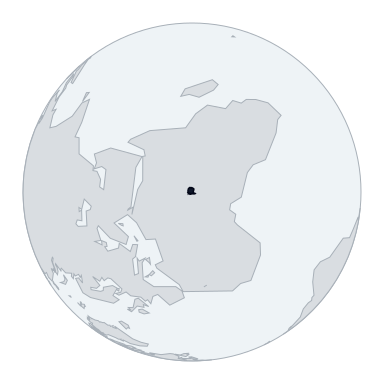 Vakaga highlighted on a globe, orthographic projection, rotated 225°
{"feature_id": "CAF-812", "entity_name": "Vakaga", "entity_type": "Prefecture", "adm_level": 1, "iso_a3": "CAF", "parent_name": "Central African Republic", "parent_adm1": "", "projection": "orthographic", "projection_center": [21.98, 9.792], "detail": "fine", "context": "on_globe", "style": "filled", "palette": "ink", "viewbox_px": 384, "rotation_deg": 225, "n_neighbors": 0, "source": "natural_earth", "source_scale": "10m", "svg_char_len": 9180}
<svg xmlns="http://www.w3.org/2000/svg" viewBox="0 0 384 384"><g transform="rotate(225 192 192)"><circle cx="192" cy="192" r="169" fill="#eef3f6" stroke="#a8b0b8"/><path d="M137.4,32.1L137.8,32.0L141.4,30.8L144.1,30.0L144.4,29.9L139.5,31.5L138.6,31.7L137.3,32.2L134.7,33.1L136.2,32.6L130.2,34.8L136.6,32.7L132.2,34.5L128.1,36.0L128.0,35.8L124.3,37.2L137.4,32.1ZM98.5,51.2L98.4,51.3L97.9,51.7L98.5,51.2ZM90.8,56.7L88.4,58.5L91.0,56.6L96.4,52.8L99.9,50.8L106.0,46.9L108.3,45.7L114.7,42.2L114.2,43.0L110.3,45.9L104.9,49.0L103.0,50.6L108.5,48.2L98.9,55.1L93.3,62.2L90.7,64.3L85.0,66.6L84.0,64.5L76.6,69.5L81.8,66.9L75.4,73.0L74.5,74.5L75.1,74.7L77.8,72.8L75.7,75.2L69.7,78.3L71.5,76.0L73.4,74.9L72.8,74.3L68.7,77.3L65.8,80.6L62.7,83.2L60.6,85.8L59.3,87.4L68.9,76.3L79.4,66.0L90.8,56.7ZM26.8,156.7L26.9,156.0L25.9,161.4L26.9,164.1L26.4,166.0L27.0,180.1L30.6,188.0L31.4,195.9L30.7,199.9L32.6,202.2L32.7,205.2L43.1,213.8L50.6,223.3L51.9,233.4L48.5,243.3L52.4,266.3L48.3,271.1L51.9,280.2L56.9,291.9L53.7,288.9L59.5,296.4L61.7,299.6L61.5,299.3L53.8,289.3L47.0,278.7L40.9,267.6L35.6,256.0L31.3,244.2L27.8,232.0L25.3,219.6L23.7,207.0L23.1,194.4L23.4,181.7L24.6,169.2L26.8,156.7ZM114.6,42.1L113.4,42.7L114.6,42.1ZM117.3,40.6L115.8,41.3L116.9,40.7L117.8,40.3L117.3,40.6ZM118.9,40.0L119.0,39.7L120.9,38.7L125.9,36.6L118.9,40.0ZM150.9,28.1L149.2,28.6L145.4,29.6L145.8,29.5L150.9,28.1ZM148.2,28.9L150.7,28.3L148.6,29.0L145.2,29.7L148.2,28.9ZM142.6,31.7L143.1,31.2L145.7,30.4L142.6,31.7ZM151.7,28.1L152.4,27.9L153.5,27.6L154.6,27.5L151.7,28.1ZM161.9,25.7L160.0,26.1L162.8,25.6L163.1,25.5L158.5,26.4L159.4,26.2L161.9,25.7ZM159.1,26.6L152.8,28.1L151.4,29.0L149.0,29.7L151.8,28.2L159.1,26.6ZM159.1,26.4L158.6,26.6L155.9,27.1L154.6,27.3L159.1,26.4ZM168.1,24.7L167.9,24.8L168.1,24.7ZM159.2,26.7L160.7,26.4L159.4,26.7L159.2,26.7ZM165.8,25.2L165.5,25.2L166.8,24.9L165.8,25.2ZM163.9,25.8L161.9,26.2L161.0,26.3L163.9,25.8ZM165.2,25.4L167.1,25.2L161.9,26.0L164.9,25.4L165.2,25.4ZM167.1,25.0L167.8,24.8L167.0,25.0L167.1,25.0ZM168.6,25.6L162.2,26.8L160.2,26.7L166.7,25.6L168.6,25.6ZM319.3,80.9L322.2,84.4L325.2,88.0L324.9,87.7L333.3,99.4L340.7,111.8L347.0,124.8L347.4,125.7L349.3,131.8L350.4,134.8L348.7,132.0L350.1,138.6L356.2,154.6L357.3,159.7L357.9,170.5L357.2,166.7L352.8,159.2L354.7,171.5L358.1,180.5L359.4,192.1L357.9,189.3L356.3,179.1L354.7,176.1L353.2,165.4L348.3,150.5L346.6,154.4L344.9,148.2L337.9,136.9L334.5,142.3L330.3,160.9L332.8,177.1L330.0,185.0L319.2,163.3L313.7,148.3L310.2,150.5L298.8,139.1L280.2,140.8L277.2,137.1L273.8,139.4L265.6,136.3L260.9,130.3L256.1,131.2L268.7,147.0L273.8,146.2L277.5,139.2L280.1,145.1L287.9,149.8L280.6,165.6L252.4,181.7L249.1,169.7L224.7,138.4L225.1,134.8L224.9,134.4L224.6,133.7L223.0,139.6L218.6,133.6L232.2,155.4L234.8,165.1L252.0,182.4L250.6,184.4L255.9,187.9L272.4,181.9L272.7,185.9L265.2,205.6L241.9,232.9L244.7,249.9L242.5,264.4L227.2,274.7L227.9,285.5L220.0,289.7L219.1,295.8L212.3,302.5L201.3,308.8L183.2,309.2L182.6,303.8L174.3,293.2L162.9,266.8L168.0,254.5L166.6,244.9L153.5,223.2L156.4,211.1L152.8,206.0L145.3,207.2L141.1,201.0L136.5,200.8L107.9,204.2L99.0,195.9L87.8,171.1L92.9,161.7L93.4,150.7L127.8,115.3L135.5,117.5L163.0,113.3L166.5,114.6L163.7,122.8L184.6,132.9L190.9,125.8L209.5,131.1L221.6,130.4L225.2,115.0L205.4,115.5L201.5,108.3L217.1,101.5L234.4,101.9L233.4,99.1L222.2,93.3L225.8,88.3L218.2,91.0L221.6,93.7L216.9,95.7L213.6,93.5L215.0,91.6L209.7,90.6L204.3,100.4L207.1,104.2L193.5,106.3L196.8,113.0L193.2,116.3L186.2,106.3L186.6,102.6L173.9,92.6L172.2,96.5L184.1,106.5L180.5,105.8L178.4,112.1L177.2,106.7L164.6,95.6L152.1,98.1L136.6,113.6L129.1,114.9L122.6,111.8L127.7,96.3L143.8,95.3L145.8,90.5L142.1,83.9L147.3,84.4L147.8,81.8L153.8,81.5L161.9,75.3L167.9,74.7L170.7,67.4L174.2,66.3L171.5,70.7L173.0,73.9L188.0,73.3L190.8,71.7L191.4,67.2L195.4,67.9L194.1,63.7L202.5,62.0L191.1,60.8L191.4,56.4L196.2,53.0L194.3,51.6L186.4,57.1L185.1,59.6L187.3,62.0L182.0,69.7L176.9,71.1L174.7,62.9L167.3,64.3L168.8,57.9L189.2,45.6L197.9,43.6L213.2,48.6L211.4,51.1L205.0,50.3L211.3,54.8L210.6,52.6L214.0,53.5L215.2,50.1L217.6,50.6L214.6,46.8L217.7,47.1L219.6,49.5L224.1,45.5L230.5,45.7L230.3,44.6L228.3,43.4L237.8,44.9L237.2,44.1L233.9,43.2L230.6,41.2L228.6,38.4L232.0,39.0L233.2,40.1L240.8,43.7L243.4,47.0L244.6,47.1L243.1,44.4L233.9,39.9L231.7,38.1L236.4,39.8L234.5,39.0L234.5,38.4L237.6,38.4L232.6,36.5L227.7,30.1L233.3,30.3L238.0,32.2L238.2,30.2L244.5,31.6L241.4,30.7L239.4,29.8L237.4,29.3L235.8,28.9L234.4,28.4L246.5,32.1L258.3,36.6L269.8,42.0L280.8,48.3L291.3,55.3L301.3,63.2L310.6,71.7L319.3,80.9ZM116.5,133.3L115.7,136.6L116.5,133.3ZM253.2,110.7L263.2,110.8L257.7,101.7L261.0,101.1L257.9,98.4L257.2,101.1L249.5,93.8L253.4,91.1L251.6,87.4L248.2,87.2L242.3,93.7L253.4,103.7L251.5,107.6L253.2,110.7ZM27.0,164.0L26.9,166.3L26.6,165.8L27.0,164.0ZM31.8,139.5L31.7,141.1L31.3,141.1L31.8,139.5ZM33.0,134.8L31.9,138.7L31.3,139.9L33.0,134.8ZM75.7,72.8L76.1,72.6L76.2,73.4L75.0,74.1L75.7,72.8ZM83.5,71.9L80.0,76.0L81.7,73.4L79.3,74.7L80.0,71.3L89.5,65.2L85.1,68.4L83.5,71.9ZM83.5,65.8L82.0,68.2L83.3,65.8L83.5,65.8ZM144.4,69.7L146.5,71.1L144.4,74.0L136.7,76.2L139.7,71.9L144.4,69.7ZM150.1,72.6L150.1,64.6L154.9,63.4L152.2,65.3L155.4,65.3L151.9,68.6L156.5,75.8L154.9,78.9L141.6,80.4L146.8,78.0L144.4,76.5L150.1,72.6ZM141.5,50.8L141.6,48.6L151.9,48.6L150.6,50.8L142.9,52.7L139.8,51.4L141.5,50.8ZM127.7,36.9L127.1,36.9L128.4,36.3L130.1,35.9L127.7,36.9ZM142.6,31.5L132.0,36.6L130.7,36.7L126.0,40.1L120.8,42.0L124.0,39.6L116.5,43.9L117.3,42.5L112.5,45.5L120.2,40.0L120.7,39.4L122.2,39.3L127.0,37.5L129.2,36.6L135.7,33.5L139.0,31.7L144.3,30.1L147.1,29.5L143.7,30.5L146.2,30.2L141.2,31.6L142.6,31.5ZM177.5,29.5L173.5,29.3L177.6,31.0L172.7,31.6L173.5,31.8L170.1,32.9L167.3,34.7L165.0,34.8L164.9,35.5L162.7,36.5L161.8,37.6L157.4,38.3L155.9,39.8L154.6,39.3L153.3,41.8L152.3,40.3L149.3,41.8L151.9,42.4L130.2,46.2L121.8,49.7L115.4,53.6L114.6,51.3L120.0,46.4L128.5,41.2L136.6,38.5L134.7,38.2L138.1,37.0L138.1,37.7L140.0,35.9L142.8,35.1L150.3,32.0L151.3,30.3L154.1,29.4L155.1,29.7L157.1,28.6L160.9,28.6L163.0,28.0L168.8,27.6L169.5,28.9L171.8,28.2L176.3,28.3L177.5,29.5ZM170.2,25.5L172.2,26.4L170.4,27.3L161.1,27.6L158.7,28.1L152.6,28.8L155.2,27.7L156.7,27.5L158.8,27.1L157.1,27.6L160.0,26.9L162.1,26.8L164.9,26.3L164.8,26.7L170.2,25.5ZM170.3,111.5L172.9,111.8L177.1,111.4L175.8,115.6L170.3,111.5ZM161.5,104.0L163.9,103.4L164.1,108.6L161.3,108.5L161.5,104.0ZM165.1,98.9L164.0,103.0L162.9,100.7L165.1,98.9ZM173.7,70.2L176.3,69.6L176.6,70.6L175.3,72.3L173.7,70.2ZM188.7,36.4L186.7,35.7L187.4,35.4L185.9,33.3L189.5,33.0L191.8,34.1L188.7,36.4ZM221.9,117.7L218.5,120.7L216.7,119.4L218.2,118.6L221.9,117.7ZM196.1,118.2L202.1,120.0L195.7,119.3L196.1,118.2ZM192.3,35.7L191.3,34.8L193.7,35.3L192.3,35.7ZM192.0,32.7L194.8,32.9L189.7,32.7L192.0,32.7ZM273.6,329.9L273.6,331.4L271.5,331.8L273.6,329.9ZM269.8,260.1L257.0,285.8L249.5,286.5L248.8,279.3L254.0,264.0L263.0,259.0L267.6,251.7L269.8,260.1ZM359.3,215.8L359.1,216.3L358.6,215.1L359.2,212.1L359.8,211.4L359.3,215.8ZM359.1,212.0L357.9,205.4L353.1,184.3L354.9,183.9L359.3,195.8L359.1,198.3L359.8,203.8L359.1,212.0ZM360.7,201.8L360.7,201.4L360.7,192.3L360.7,187.3L360.9,187.0L360.7,183.1L360.7,201.8ZM333.4,178.5L336.9,187.6L335.1,189.7L333.4,178.5ZM352.0,139.5L352.0,140.7L351.1,138.4L350.7,135.4L352.0,139.5ZM221.0,35.0L219.2,38.0L220.2,40.6L224.4,42.6L217.7,41.4L216.1,37.3L221.0,35.0ZM226.5,30.5L222.8,29.3L224.8,29.4L226.0,29.7L226.5,30.5ZM223.9,30.1L218.5,29.6L216.7,28.6L221.3,29.2L223.9,30.1ZM205.5,31.7L204.7,32.5L202.7,32.1L205.5,31.7ZM234.7,28.6L232.6,28.1L233.6,28.2L234.7,28.6ZM227.4,26.8L227.8,26.9L225.9,26.5L227.4,26.8ZM229.0,27.5L227.3,26.8L231.0,27.9L229.0,27.5Z" fill="#d9dde1" stroke="#a8b0b8" stroke-width="1"/><path d="M194.6,188.7L194.6,188.8L195.0,189.4L195.3,189.6L195.8,190.1L196.3,190.9L196.8,191.6L196.8,191.8L196.9,192.3L196.9,192.5L196.7,192.7L196.7,192.8L196.8,192.8L196.8,193.0L196.8,193.3L196.8,193.5L196.7,193.6L196.6,193.8L196.4,193.8L196.3,193.7L196.2,193.6L196.0,193.8L195.9,194.1L195.8,194.3L195.7,194.4L195.3,194.6L195.2,194.6L195.2,194.9L195.2,195.0L194.4,195.2L194.1,195.2L193.9,195.3L193.6,195.5L193.4,195.5L193.2,195.5L193.2,195.4L192.9,195.3L192.7,195.2L192.4,195.0L192.4,194.9L192.3,194.5L192.3,194.4L192.1,194.3L192.1,194.2L191.9,194.0L191.8,193.9L191.7,193.9L191.6,193.6L191.5,193.4L191.4,193.2L191.2,193.0L191.2,192.9L191.0,192.7L190.9,192.6L190.7,192.6L190.7,192.4L190.6,192.2L190.4,192.1L190.2,192.3L190.0,192.5L189.9,192.6L189.7,192.7L189.4,192.7L189.3,192.8L189.2,192.8L189.2,193.0L188.9,193.1L188.7,193.2L188.7,192.9L188.8,192.9L188.9,192.7L189.0,192.6L189.1,192.4L189.2,192.2L189.3,192.1L189.5,192.0L189.5,191.9L189.7,191.7L189.8,191.6L189.9,191.4L190.0,191.4L190.1,191.5L190.3,191.4L190.4,191.2L190.6,190.9L190.7,190.7L190.8,190.7L190.8,190.8L190.9,190.7L190.9,190.8L191.0,190.7L191.3,190.5L191.2,190.4L191.3,190.2L191.2,190.0L191.2,189.9L191.2,189.7L191.3,189.5L191.4,189.4L191.5,189.4L191.8,189.3L191.9,189.2L192.1,189.2L192.1,188.9L192.4,188.9L192.5,188.9L192.6,189.0L192.6,188.9L192.8,188.7L193.0,188.6L193.3,188.5L193.4,188.4L193.5,188.5L193.5,188.4L193.6,188.5L193.8,188.5L194.0,188.5L194.4,188.7L194.6,188.7Z" fill="#0f172a" stroke="#020617" stroke-width="1.5"/></g></svg>